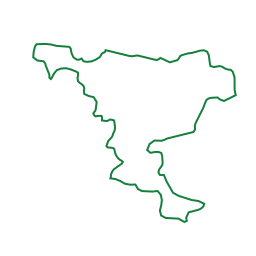 the State of Jigawa, rotated 7°
{"feature_id": "NGA-2868", "entity_name": "Jigawa", "entity_type": "State", "adm_level": 1, "iso_a3": "NGA", "parent_name": "Nigeria", "parent_adm1": "", "projection": "mercator", "projection_center": [9.387, 11.959], "detail": "fine", "context": "isolated", "style": "outline", "palette": "green", "viewbox_px": 256, "rotation_deg": 7, "n_neighbors": 0, "source": "natural_earth", "source_scale": "10m", "svg_char_len": 2304}
<svg xmlns="http://www.w3.org/2000/svg" viewBox="0 0 256 256"><g transform="rotate(7 128 128)"><path d="M96.3,53.5L120.3,56.3L123.4,56.3L127.8,55.0L129.3,54.9L146.8,57.0L148.6,56.9L149.1,56.6L150.0,56.0L151.0,55.2L151.5,54.5L153.8,55.2L161.6,57.7L168.8,54.6L170.1,52.5L171.1,50.2L172.6,49.1L178.3,46.7L182.3,45.7L190.0,42.5L193.7,41.6L197.2,42.6L199.3,45.9L201.5,54.3L202.3,56.5L205.8,57.0L211.3,55.4L214.0,55.7L216.9,57.1L220.0,57.8L222.8,57.7L225.1,59.4L227.6,64.8L229.1,76.8L230.9,82.3L220.0,89.5L215.6,88.4L213.1,86.8L206.9,87.9L204.3,88.9L202.4,90.7L201.3,94.3L200.5,98.1L194.5,114.9L194.0,117.6L194.8,121.1L193.4,124.0L168.3,133.6L165.6,135.3L162.8,136.6L155.8,137.2L151.4,141.2L149.7,147.5L153.2,149.9L158.2,148.4L161.2,148.1L164.0,148.7L165.3,151.5L166.5,157.6L166.6,160.4L163.9,165.6L163.6,168.3L165.2,170.6L167.9,170.6L169.3,170.2L172.7,176.2L180.6,186.8L186.6,189.2L199.8,191.7L206.8,191.9L212.8,193.9L212.4,196.6L210.4,199.0L207.6,200.7L198.5,204.3L196.7,210.0L197.7,213.0L195.4,214.4L192.2,213.2L189.3,211.8L176.3,212.7L171.6,210.8L169.7,206.1L170.4,200.7L170.4,195.3L168.6,190.2L165.0,186.9L160.2,188.1L149.6,188.9L145.4,187.4L142.2,183.2L137.0,184.0L131.8,183.7L126.6,181.5L121.7,180.2L116.7,180.1L116.9,179.0L116.8,176.7L116.9,175.6L117.7,173.0L119.0,170.7L126.3,164.0L127.0,162.2L125.2,161.0L124.1,160.7L122.2,159.5L119.9,157.1L118.7,155.2L116.9,150.5L116.0,149.8L113.7,149.6L110.2,149.8L108.8,148.6L109.9,143.5L113.0,139.1L113.7,137.1L114.0,135.1L115.0,132.5L115.2,129.6L114.0,124.6L113.1,122.1L109.3,121.7L106.3,123.7L101.2,123.7L101.1,121.5L100.5,119.5L99.9,119.2L96.5,119.7L94.5,120.4L93.7,120.1L92.9,119.5L91.8,117.7L92.5,116.3L93.3,115.2L93.7,113.7L93.7,106.0L90.2,101.6L85.0,101.0L80.4,99.5L79.7,96.9L79.8,94.0L78.8,91.7L76.8,90.2L74.5,89.1L72.6,87.6L71.8,84.6L72.0,81.4L71.6,79.2L69.6,78.3L64.3,76.9L59.4,76.2L54.5,77.1L50.3,79.3L47.9,83.0L46.4,87.2L45.5,88.8L44.0,87.9L43.7,86.8L43.7,85.5L43.1,84.0L39.0,76.6L38.0,74.1L36.2,72.1L29.6,72.0L25.3,69.3L25.1,63.8L25.8,58.2L27.0,56.0L35.8,54.6L41.7,54.5L47.1,55.2L59.8,54.6L61.4,56.1L62.8,60.5L65.1,64.3L67.0,65.5L69.0,66.4L70.9,66.2L73.5,64.7L74.5,66.0L75.7,67.1L79.0,67.4L83.4,66.4L87.4,64.3L91.1,61.3L92.0,59.9L92.6,58.2L93.3,57.1L94.4,56.2L95.8,55.5L96.2,54.2L96.3,53.5Z" fill="none" stroke="#15803d" stroke-width="2"/></g></svg>